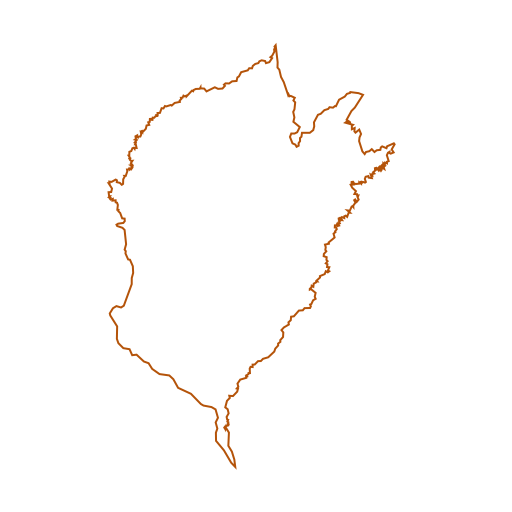 Maní, Casanare, Colombia, rotated 82°
{"feature_id": "7082276B29021161154313", "entity_name": "Maní", "entity_type": "district", "adm_level": 2, "iso_a3": "COL", "parent_name": "Colombia", "parent_adm1": "Casanare", "projection": "mercator", "projection_center": [-72.273, 4.724], "detail": "fine", "context": "isolated", "style": "outline", "palette": "amber", "viewbox_px": 512, "rotation_deg": 82, "n_neighbors": 0, "source": "geoboundaries", "source_scale": "gbopen_adm2", "svg_char_len": 6092}
<svg xmlns="http://www.w3.org/2000/svg" viewBox="0 0 512 512"><g transform="rotate(82 256 256)"><path d="M286.2,401.2L287.8,404.9L292.5,408.8L294.6,408.6L306.4,403.3L318.7,405.3L323.2,404.4L328.8,400.2L330.7,394.2L337.0,392.4L337.1,388.0L344.9,381.7L347.2,377.3L353.4,374.5L359.5,368.0L362.2,358.5L366.5,355.0L375.7,351.5L383.4,339.6L394.9,331.2L396.8,328.8L399.4,321.1L402.3,317.4L410.9,316.2L415.2,319.1L421.5,318.3L425.4,320.3L433.5,321.3L444.0,314.8L457.3,309.3L462.0,305.9L454.5,305.8L446.4,307.1L440.1,309.8L427.1,307.4L422.3,309.5L423.0,310.0L420.9,309.9L422.4,310.9L421.5,311.3L420.4,310.2L419.9,307.0L418.9,306.5L418.5,307.2L416.8,306.5L416.0,307.4L414.4,306.4L413.9,307.3L411.3,307.5L408.0,305.0L403.8,305.4L401.6,307.5L395.4,304.9L392.9,301.7L390.7,301.9L391.5,298.3L387.7,293.5L384.9,292.3L384.5,293.4L383.0,291.7L379.8,292.1L376.2,288.8L375.3,282.6L374.3,282.6L374.1,281.6L372.9,282.3L372.0,280.0L370.9,279.7L371.1,278.3L366.6,277.9L365.0,276.8L365.5,274.8L363.1,274.5L363.3,272.4L360.4,268.6L360.7,265.8L358.8,263.4L358.0,258.0L353.2,251.2L350.4,249.8L347.7,246.5L345.8,246.3L344.4,243.8L342.7,243.7L340.0,240.5L335.5,239.6L332.9,241.1L330.6,238.3L328.4,233.0L326.2,233.1L324.4,230.5L321.0,229.7L321.0,226.9L316.0,221.1L316.3,217.2L314.4,215.2L315.0,209.7L313.5,208.7L311.6,209.2L311.3,207.9L307.8,205.6L306.7,202.9L304.5,203.5L300.8,202.1L296.3,206.3L296.7,207.4L296.0,207.3L294.8,205.5L293.2,205.0L294.4,203.5L291.4,202.7L290.5,200.2L289.6,200.0L289.8,198.7L288.7,199.3L286.2,195.6L284.8,195.5L283.5,190.5L280.8,189.0L282.2,187.2L281.3,185.6L280.4,186.8L277.3,185.0L276.8,187.2L274.1,186.4L273.0,187.9L271.1,185.8L269.6,186.8L267.0,186.2L265.6,189.0L263.4,188.5L261.1,185.7L259.6,186.5L257.0,185.7L254.3,186.1L254.0,182.1L252.7,182.2L248.6,175.6L244.7,176.1L243.4,174.0L242.6,174.3L240.7,172.3L239.0,172.6L238.7,174.0L236.7,173.6L236.9,172.2L235.5,171.2L237.6,170.8L237.4,169.4L235.2,170.2L235.2,168.5L233.7,169.0L232.7,167.5L231.9,168.9L230.3,168.9L230.0,167.9L232.0,167.8L232.5,165.7L230.3,166.7L229.4,165.5L230.7,163.3L229.0,163.1L228.5,161.5L229.9,160.3L226.0,158.2L226.2,156.9L223.6,159.1L224.2,156.8L220.4,154.4L220.0,153.4L221.0,152.8L219.7,152.7L217.0,150.1L214.4,151.0L213.8,149.9L216.4,148.7L214.4,146.5L212.1,147.2L210.3,146.2L210.3,147.4L208.9,147.3L208.3,149.9L205.7,148.0L201.8,151.2L198.7,152.3L198.8,149.2L197.1,149.8L197.5,151.3L196.0,151.0L196.0,149.5L198.0,148.7L198.6,146.9L198.7,143.8L197.3,143.5L199.0,141.9L196.3,141.6L198.4,141.0L197.5,139.9L198.5,137.8L198.0,136.9L194.8,137.5L192.8,136.4L192.5,133.6L194.1,133.5L195.0,130.4L191.4,131.0L192.5,129.6L191.1,129.6L190.8,127.4L189.4,128.4L187.3,125.0L187.0,126.1L185.6,126.0L185.4,124.5L188.6,122.5L187.6,121.6L187.1,122.9L186.1,122.9L184.6,121.1L185.7,120.0L186.2,121.6L189.0,120.4L188.0,119.5L184.2,119.5L183.3,118.3L186.7,117.9L187.6,116.9L185.5,117.2L184.7,115.8L183.9,117.0L181.9,116.9L183.2,115.6L181.5,115.2L182.5,113.4L180.9,113.2L180.5,111.4L174.4,112.4L172.1,110.9L171.4,109.3L172.6,109.5L173.4,108.4L172.6,105.3L169.3,106.8L164.7,103.2L163.6,103.8L165.6,110.9L167.4,111.8L165.0,115.8L165.9,117.3L168.2,118.1L168.1,121.8L169.5,124.2L166.3,126.5L168.0,129.2L168.3,132.6L170.2,134.2L167.2,136.1L156.6,137.9L153.0,137.0L149.8,135.0L145.2,136.2L147.7,140.3L146.3,141.2L143.0,140.5L143.8,143.4L140.5,143.0L139.6,141.7L136.4,149.0L135.3,146.9L137.7,145.3L137.7,144.2L136.4,144.4L133.7,147.3L125.7,141.3L122.8,137.5L111.3,127.6L109.0,131.8L106.8,139.8L107.6,140.2L108.1,143.4L110.5,145.9L112.8,152.0L118.8,156.0L118.5,156.9L119.8,159.1L118.9,162.5L120.4,164.0L121.1,168.0L124.2,172.1L124.8,175.0L131.7,180.0L135.7,180.3L139.3,181.8L141.5,185.6L140.4,193.3L144.2,194.4L145.3,196.0L148.4,196.4L150.2,198.1L152.7,198.4L153.5,200.6L151.2,201.5L149.5,204.2L142.8,205.8L139.6,204.0L140.1,200.8L139.2,198.0L134.4,194.7L128.3,200.3L124.1,198.7L118.5,199.1L116.1,197.5L109.3,195.8L107.2,197.3L104.7,195.6L102.3,199.3L102.5,200.6L100.3,201.3L101.1,201.8L87.7,204.3L82.2,206.3L74.7,207.0L72.4,208.5L67.1,207.6L50.0,207.2L51.2,208.5L52.4,208.0L53.9,209.3L56.2,209.4L59.9,212.1L61.1,214.0L62.3,212.5L65.9,215.8L66.4,219.3L64.2,219.8L63.0,223.2L63.7,225.6L65.3,226.8L65.7,230.0L67.3,232.7L69.6,233.8L69.1,236.6L71.0,238.3L71.9,245.1L75.8,247.9L76.6,249.6L80.0,250.9L79.7,255.3L81.4,258.6L80.8,262.2L81.9,263.9L83.2,263.1L85.5,265.9L85.2,270.3L83.2,273.3L86.1,282.1L83.0,284.0L82.3,287.6L81.3,287.5L82.6,288.5L82.2,292.3L83.0,294.8L84.1,295.3L83.4,296.5L88.3,302.6L87.5,302.6L88.0,304.4L87.1,305.5L89.0,306.7L88.9,308.3L90.1,308.1L91.5,310.0L92.8,309.9L93.1,315.2L95.3,318.5L94.6,319.3L95.4,324.1L94.8,325.3L97.0,327.1L96.5,328.9L100.9,331.2L100.7,333.6L102.6,333.7L102.6,335.0L103.6,334.6L103.6,336.1L104.9,337.5L104.6,339.0L106.8,339.6L106.5,340.9L105.6,340.3L105.5,342.0L108.4,342.6L108.6,344.1L111.3,343.5L111.5,346.2L114.7,347.4L117.1,350.5L116.2,351.3L116.5,352.2L117.7,351.9L117.1,352.8L119.6,352.7L121.6,353.9L121.3,356.3L122.2,356.4L121.7,357.6L120.1,357.1L120.7,358.7L123.4,358.6L123.9,359.6L124.6,358.0L126.7,360.2L127.1,359.3L128.6,360.2L128.7,359.5L132.4,359.2L132.0,361.0L133.0,361.3L131.8,362.0L132.1,363.4L134.7,364.9L135.2,366.9L138.8,367.5L138.8,368.2L140.7,367.3L141.7,367.9L142.0,366.9L143.3,367.4L144.6,366.4L144.6,365.2L146.7,367.0L148.4,365.9L148.6,367.5L149.8,365.9L150.3,366.7L151.2,366.1L152.6,367.4L151.8,367.8L152.9,369.0L151.7,369.5L152.6,370.2L152.4,371.7L154.1,371.6L158.5,373.8L158.3,375.2L159.0,374.9L161.5,376.8L166.1,377.6L166.8,379.0L164.6,380.7L163.5,383.6L161.7,383.2L160.8,384.3L162.5,388.7L161.9,390.9L163.7,390.9L163.5,391.8L169.2,389.2L172.5,390.5L172.3,393.1L176.1,393.1L176.4,392.2L177.3,393.5L178.1,392.1L178.8,392.8L179.9,392.1L179.5,389.9L181.2,390.4L181.3,387.3L183.3,387.5L183.9,386.2L186.2,385.7L190.9,386.9L191.2,385.7L192.5,386.1L194.5,384.5L200.1,383.3L200.7,380.9L203.2,381.1L204.8,382.8L204.8,388.0L205.6,389.8L207.0,389.3L209.5,384.3L211.9,382.5L226.3,383.0L231.4,385.2L233.1,384.3L235.3,384.9L241.6,383.1L242.2,381.3L249.0,379.4L255.7,380.0L260.5,382.1L266.6,383.0L286.8,393.8L288.2,396.8L286.2,401.2Z" fill="none" stroke="#b45309" stroke-width="2"/></g></svg>